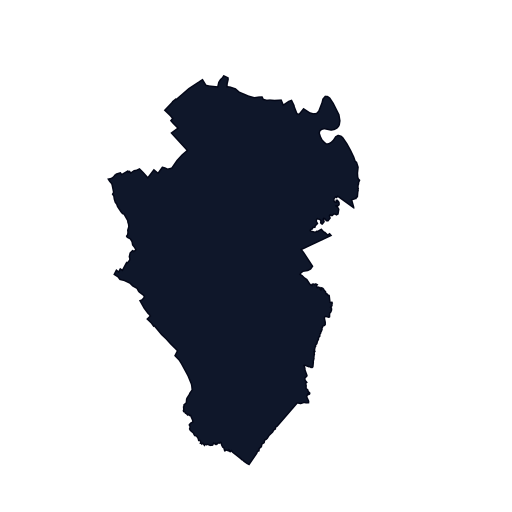 outline of Ban Phaeo, Samut Sakhon, Thailand, rotated 332°
{"feature_id": "78962969B41699219692517", "entity_name": "Ban Phaeo", "entity_type": "district", "adm_level": 2, "iso_a3": "THA", "parent_name": "Thailand", "parent_adm1": "Samut Sakhon", "projection": "equal_earth", "projection_center": [100.121, 13.585], "detail": "fine", "context": "isolated", "style": "filled", "palette": "ink", "viewbox_px": 512, "rotation_deg": 332, "n_neighbors": 0, "source": "geoboundaries", "source_scale": "gbopen_adm2", "svg_char_len": 6147}
<svg xmlns="http://www.w3.org/2000/svg" viewBox="0 0 512 512"><g transform="rotate(332 256 256)"><path d="M312.1,81.8L309.9,83.0L307.5,83.6L304.7,85.2L301.6,88.8L294.6,84.1L291.9,81.8L291.5,75.2L275.4,76.7L259.2,80.4L258.9,79.8L254.8,80.6L254.4,81.0L243.9,84.5L246.1,91.2L247.1,95.4L244.4,96.5L245.2,100.0L247.2,106.5L239.1,107.7L245.0,130.6L238.3,132.1L231.2,134.6L222.9,138.9L218.7,137.9L216.9,135.5L215.0,133.7L208.3,137.0L206.3,132.0L197.2,136.2L195.6,129.7L194.0,124.4L190.9,124.3L188.5,123.5L184.2,124.0L184.1,122.0L182.5,122.1L182.7,120.8L175.6,121.1L175.3,118.9L171.2,118.1L171.0,118.6L169.7,118.3L167.7,119.2L165.9,119.6L164.1,119.5L161.7,118.8L161.9,121.3L162.5,123.9L162.5,125.3L160.2,133.0L158.4,134.1L158.7,136.2L157.6,139.3L157.0,142.5L157.4,144.9L157.0,147.3L157.6,153.7L158.1,155.9L159.2,157.1L159.4,164.6L158.8,165.9L158.4,168.1L157.5,170.4L154.9,173.0L154.2,174.8L153.3,176.2L152.0,177.5L151.2,177.6L151.0,177.9L151.2,179.1L153.1,181.8L153.3,185.2L152.3,188.3L152.8,191.0L153.0,194.1L150.2,194.8L149.8,193.5L149.6,193.3L146.3,194.3L143.8,197.2L143.5,199.0L142.6,200.3L139.0,201.9L138.5,201.9L138.6,201.2L138.3,201.3L131.3,206.0L130.1,203.7L127.2,205.7L126.1,203.0L122.2,205.7L124.4,209.6L124.9,212.8L128.2,215.7L132.0,220.8L133.1,224.5L135.8,228.7L135.8,231.7L136.0,232.9L138.4,238.1L138.3,239.5L137.4,240.3L134.6,241.3L132.6,241.0L132.8,249.6L133.8,256.1L134.1,256.6L134.6,259.4L130.4,260.6L132.2,266.0L132.7,269.9L133.5,269.8L135.8,281.0L137.8,286.9L139.4,293.4L142.3,302.8L137.7,306.0L139.4,311.9L139.7,316.2L139.8,329.8L138.9,338.6L138.4,340.4L136.8,344.3L133.0,346.2L132.5,346.8L128.4,349.1L127.5,349.9L125.6,352.9L122.4,353.7L122.0,354.9L121.2,355.2L120.2,357.6L119.3,358.4L119.1,359.4L120.1,360.6L119.9,361.6L120.6,362.6L121.0,364.3L122.2,364.3L122.4,365.6L123.4,366.0L123.0,371.1L122.4,372.9L120.0,372.9L118.0,373.6L117.7,374.3L117.8,375.9L116.2,377.5L116.2,379.2L117.7,383.1L117.5,384.6L117.7,385.9L118.7,386.6L119.1,387.6L119.3,390.0L118.8,392.0L120.0,392.8L120.1,393.8L119.5,394.8L119.0,395.2L119.9,396.0L119.9,396.6L121.2,396.3L121.6,398.9L122.5,398.3L123.6,399.4L124.8,399.5L126.7,401.7L128.9,402.6L130.7,401.3L131.8,403.1L132.1,402.5L132.6,402.6L133.0,403.8L134.8,403.3L136.2,404.2L137.1,403.7L137.6,404.1L137.7,404.4L137.0,406.6L136.9,409.1L137.6,410.2L136.9,413.3L137.6,413.5L138.3,413.2L139.5,414.1L140.1,415.1L140.7,415.2L141.1,414.6L141.4,415.4L141.1,416.3L141.4,416.7L143.0,416.4L143.2,418.1L147.5,427.9L147.8,429.1L148.5,429.9L149.0,431.6L150.8,435.1L152.0,436.8L164.0,430.5L165.5,429.2L167.1,429.4L168.4,427.5L171.2,426.9L172.9,424.8L175.5,424.6L177.2,422.6L179.0,422.6L180.4,422.2L183.3,420.5L188.0,419.2L190.0,417.9L191.9,417.8L192.9,416.3L194.7,416.2L223.1,405.2L223.7,405.2L226.1,407.2L229.6,407.8L231.4,409.2L233.5,410.2L234.3,408.9L234.6,404.0L235.4,403.4L235.5,402.9L236.8,402.9L237.0,402.2L237.5,402.7L237.9,402.3L238.4,403.0L239.1,402.3L238.5,400.1L238.8,398.3L237.9,396.6L239.5,393.8L240.0,391.7L241.5,391.4L241.0,388.9L241.4,387.3L242.3,386.5L244.3,386.0L244.9,385.4L245.7,379.6L246.4,378.2L247.0,375.2L248.2,375.7L250.6,378.5L252.0,379.4L252.1,380.1L253.3,380.8L254.2,380.5L256.8,376.6L256.8,376.2L259.1,373.6L259.3,372.9L261.0,370.5L261.3,370.4L261.6,369.2L262.2,368.8L262.3,367.6L263.3,367.7L263.3,366.2L263.8,366.1L265.3,364.2L266.2,363.8L266.4,363.2L267.3,362.2L268.1,362.2L269.0,361.5L269.9,360.3L272.0,358.9L272.9,357.4L274.6,356.8L275.6,355.1L277.1,354.3L277.4,353.3L278.1,353.3L279.0,352.6L280.0,351.6L280.2,350.5L281.1,350.3L281.7,349.3L284.0,349.4L284.9,349.0L286.0,347.0L287.1,343.2L287.6,342.4L288.5,342.0L289.2,342.0L291.6,344.3L292.4,344.2L294.1,341.1L295.3,340.8L296.9,339.6L297.6,338.7L298.2,337.2L297.7,336.3L298.2,335.8L299.2,335.8L299.8,335.4L300.8,333.5L301.2,333.4L301.3,332.5L300.0,332.0L299.6,331.5L302.0,325.4L301.9,324.9L300.9,324.0L300.9,322.7L300.1,322.1L300.6,320.2L300.0,318.0L300.1,317.1L299.7,315.7L298.7,314.7L298.2,316.1L297.6,316.5L297.2,316.3L297.1,315.6L297.4,314.4L297.2,313.6L296.5,312.8L295.3,312.8L295.4,310.6L296.6,310.1L295.7,308.8L295.2,308.6L294.3,308.8L293.8,307.9L292.5,307.3L292.1,307.4L291.6,308.4L290.9,307.8L290.3,306.1L289.8,300.6L288.3,297.8L287.5,295.1L286.2,292.8L287.4,292.1L290.3,291.5L294.9,293.1L298.1,293.1L301.1,291.6L299.6,275.2L298.9,271.5L331.9,273.1L331.4,270.9L329.1,271.2L327.8,267.3L327.2,267.3L326.2,263.1L323.3,263.2L322.3,263.6L321.5,262.7L319.4,262.9L316.0,259.7L315.7,259.0L316.6,258.2L318.5,258.5L319.7,257.4L321.4,258.3L322.6,257.1L325.5,256.2L325.5,253.6L326.3,252.5L327.8,251.8L329.7,254.1L329.9,255.7L329.1,256.3L328.7,257.2L329.1,258.5L329.5,258.9L332.2,257.7L332.6,255.0L333.5,254.5L334.3,255.2L334.4,255.8L334.1,256.2L334.6,256.8L334.7,257.9L336.1,258.7L339.2,257.3L339.6,255.1L340.7,254.4L341.3,254.5L341.3,255.4L341.6,255.7L342.6,256.1L343.3,255.6L344.5,255.5L345.8,256.3L346.3,257.4L348.1,257.4L351.0,253.6L350.9,250.7L350.2,250.1L350.1,249.3L350.9,249.4L351.7,250.1L352.8,250.0L353.5,249.6L354.3,248.0L354.4,247.0L353.9,244.9L353.0,244.5L352.6,245.1L352.7,246.2L352.0,246.4L351.1,245.7L350.7,244.4L351.0,243.0L351.9,241.9L354.2,241.1L354.7,242.2L356.2,241.5L364.9,259.2L365.1,258.9L366.8,251.2L370.2,251.9L370.9,251.7L371.2,252.1L372.7,251.2L373.3,251.3L376.3,246.6L376.8,246.4L377.1,245.3L377.9,244.6L378.2,243.2L379.5,241.2L380.4,240.5L380.8,239.5L383.0,237.7L382.5,236.0L382.8,234.1L384.5,230.4L387.8,225.5L388.7,220.5L388.0,218.8L388.7,214.5L389.0,207.2L388.9,199.7L388.1,192.3L387.3,190.2L385.1,188.1L382.3,188.2L378.9,190.1L375.9,191.0L373.3,191.1L370.8,190.4L369.7,188.0L368.7,184.5L368.8,180.9L369.5,177.1L371.3,175.3L373.6,175.0L376.1,175.6L381.5,180.1L384.6,181.0L387.5,181.0L389.7,180.2L391.1,179.2L393.5,176.0L395.5,170.2L395.8,157.5L395.2,151.2L394.0,148.8L392.1,147.6L388.8,148.9L386.3,151.7L379.5,157.6L376.3,158.7L373.2,157.3L370.6,154.8L367.1,148.4L360.6,151.2L358.9,149.6L359.8,142.0L360.2,140.9L360.4,135.3L357.6,134.9L350.9,135.6L351.4,130.2L345.4,127.4L341.5,124.9L338.5,123.6L335.9,121.1L336.0,118.5L333.5,117.2L328.8,115.5L324.3,111.2L318.0,103.4L316.3,98.8L312.4,94.7L309.8,92.9L311.3,90.4L314.2,87.1L314.9,85.6L312.1,81.8Z" fill="#0f172a" stroke="#020617" stroke-width="1.5"/></g></svg>